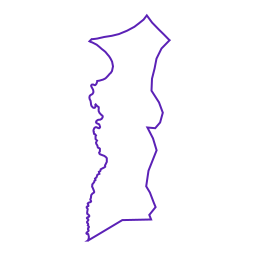 outline of Chari, Chari-Baguirmi, Chad
{"feature_id": "50815135B55510615891344", "entity_name": "Chari", "entity_type": "district", "adm_level": 2, "iso_a3": "TCD", "parent_name": "Chad", "parent_adm1": "Chari-Baguirmi", "projection": "orthographic", "projection_center": [15.102, 11.728], "detail": "fine", "context": "isolated", "style": "outline", "palette": "violet", "viewbox_px": 256, "rotation_deg": 0, "n_neighbors": 0, "source": "geoboundaries", "source_scale": "gbopen_adm2", "svg_char_len": 4074}
<svg xmlns="http://www.w3.org/2000/svg" viewBox="0 0 256 256"><path d="M169.6,40.2L169.1,39.8L163.9,34.5L158.8,29.5L152.1,22.6L146.8,15.4L143.6,19.6L139.1,23.2L134.4,26.8L127.1,30.7L118.8,34.1L111.8,35.8L104.1,37.0L103.3,37.2L99.2,38.1L97.6,38.5L96.3,38.7L94.8,38.9L93.8,39.0L93.0,39.1L91.7,39.1L89.5,41.3L91.1,42.1L92.0,42.3L96.7,44.7L99.4,46.9L101.9,49.1L103.6,50.4L105.4,51.9L107.8,54.8L109.1,56.3L110.6,58.7L112.1,61.7L113.0,66.4L112.0,71.0L110.7,73.0L109.9,73.6L108.1,75.7L106.1,77.8L105.1,78.6L103.0,79.6L99.2,80.7L98.3,80.8L97.2,81.0L97.2,81.6L96.6,83.3L96.5,83.6L96.3,83.9L96.2,84.0L96.0,84.4L95.7,84.6L95.2,85.1L94.5,85.1L93.1,84.5L91.9,84.6L91.4,85.1L91.1,85.8L91.3,86.4L91.5,86.8L93.1,89.8L93.4,91.5L93.3,92.6L92.7,93.6L92.4,93.9L92.4,94.0L92.0,94.3L91.1,94.8L90.7,94.9L90.6,95.0L90.4,95.2L90.1,95.6L89.8,95.8L89.5,96.8L89.5,97.0L89.4,97.7L89.7,99.2L90.3,100.3L90.6,101.0L90.7,101.8L90.8,102.3L91.1,104.8L91.6,106.1L92.2,106.7L92.6,107.2L92.9,107.5L93.8,107.9L94.2,107.9L94.8,107.7L95.2,107.3L95.3,106.9L95.3,106.6L95.5,106.0L95.5,105.9L95.3,104.8L95.6,104.5L95.7,104.4L96.2,105.0L97.3,106.2L97.5,106.3L97.9,106.6L98.3,106.8L98.6,107.0L98.8,107.8L98.8,108.1L98.6,109.5L98.7,111.2L99.1,112.0L99.5,112.9L100.8,114.3L100.9,114.5L102.3,115.6L102.7,116.2L102.7,116.4L102.7,116.8L102.6,117.3L102.4,117.7L102.0,118.3L101.5,119.0L101.3,119.0L100.8,119.3L100.3,119.6L100.1,119.7L99.6,119.7L98.3,119.8L97.6,120.1L97.4,120.2L96.5,121.1L96.3,121.2L96.2,121.7L96.0,122.1L96.3,122.7L96.3,122.8L96.6,123.0L97.2,123.5L97.7,123.7L98.8,124.1L99.2,124.5L99.3,124.6L100.1,127.0L99.8,127.7L99.2,128.2L98.8,128.1L98.3,128.1L98.2,128.0L97.9,127.9L96.6,127.3L96.1,127.2L95.7,127.2L95.3,127.4L94.9,127.6L94.2,128.3L93.6,129.9L93.5,130.1L93.5,131.1L93.6,131.5L93.7,132.0L93.9,132.1L93.8,132.5L93.8,132.8L94.0,133.4L94.1,133.9L94.5,134.0L94.9,134.1L95.7,135.0L96.0,135.5L95.6,135.9L95.5,136.1L95.6,137.1L95.5,137.8L95.5,138.2L95.6,138.9L95.6,139.1L95.8,139.3L96.7,140.2L96.8,140.3L97.0,140.5L96.9,140.6L96.4,141.9L96.3,142.0L96.1,142.4L96.0,142.8L96.3,143.8L96.5,144.2L97.3,145.4L97.4,145.7L97.7,147.1L97.9,147.5L98.0,147.6L98.2,147.8L99.4,148.2L99.5,148.4L99.9,148.8L99.9,150.1L99.9,151.3L99.6,151.8L99.4,152.2L99.1,152.7L99.6,153.9L99.9,154.1L100.1,154.3L104.3,155.9L105.8,157.0L106.8,158.2L106.8,158.7L106.8,159.6L106.8,160.5L106.8,161.8L106.7,162.1L106.6,162.3L106.4,162.6L105.9,163.7L105.8,163.9L105.0,165.4L105.1,165.7L105.2,166.7L105.0,166.9L104.6,167.2L104.5,167.3L102.0,168.6L101.1,169.1L100.7,169.3L100.6,169.7L100.5,170.3L100.3,171.0L100.2,171.1L99.9,171.3L99.4,171.6L98.9,171.8L99.1,172.7L99.2,173.3L99.4,173.8L98.3,174.3L97.9,174.5L97.4,174.7L97.2,175.3L96.9,176.2L96.8,176.5L96.7,176.8L96.5,177.4L96.2,177.6L95.0,178.6L95.2,179.2L95.4,179.8L95.5,180.0L94.4,180.9L94.2,182.0L93.3,183.2L92.3,184.4L92.2,186.2L92.1,186.4L92.1,186.7L92.6,187.6L92.7,187.8L93.6,190.0L93.8,190.5L94.2,191.9L94.2,192.0L94.1,192.3L94.0,192.5L92.3,193.7L91.8,194.4L91.4,194.8L91.3,195.0L91.0,196.3L91.1,196.5L90.9,198.0L90.7,198.4L90.3,199.4L91.0,200.9L91.1,201.4L91.1,201.5L90.5,202.1L88.8,202.6L88.1,203.1L87.9,203.3L87.7,203.6L88.4,205.2L88.4,205.3L88.4,205.6L88.3,206.1L87.2,206.4L87.0,206.7L86.7,207.0L86.7,207.7L87.6,208.8L87.7,209.2L87.7,209.3L87.4,210.7L87.1,213.1L87.3,213.5L87.4,214.0L87.6,214.1L87.9,214.2L89.1,215.4L89.2,215.8L89.3,216.0L89.2,216.3L89.1,216.6L87.3,217.5L86.9,218.0L87.0,218.4L87.9,219.0L88.3,219.6L88.3,219.8L88.3,220.2L87.7,221.0L87.0,222.0L87.1,222.7L87.3,222.9L88.0,223.5L88.2,224.4L87.8,225.4L88.2,225.8L88.3,225.9L88.9,226.8L88.8,227.4L88.0,228.2L88.1,228.4L88.2,228.6L88.0,229.4L88.6,230.3L88.5,230.9L86.6,232.7L86.4,233.3L86.6,233.6L86.7,233.8L87.6,234.0L88.2,234.1L88.6,235.7L88.9,237.0L88.8,237.4L88.8,238.4L88.6,238.7L88.4,239.2L88.0,240.6L87.9,240.6L96.2,235.7L122.3,220.1L151.1,219.5L149.3,214.9L155.6,207.1L153.7,202.5L149.9,192.5L146.2,186.3L148.5,170.7L156.6,150.3L153.0,138.4L147.4,127.5L155.2,128.2L160.1,122.5L162.8,112.7L159.0,102.4L151.5,90.7L152.0,78.7L154.6,68.4L156.5,58.6L161.5,48.5L169.6,40.2Z" fill="none" stroke="#5b21b6" stroke-width="2"/></svg>